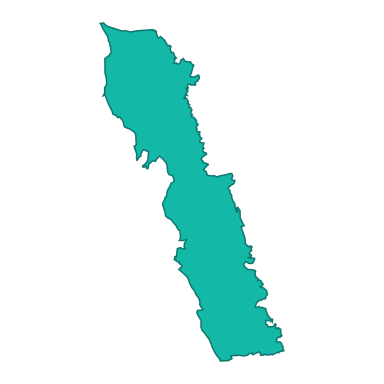 Mitrofani, Vâlcea, Romania
{"feature_id": "2599482B9643325604884", "entity_name": "Mitrofani", "entity_type": "district", "adm_level": 2, "iso_a3": "ROU", "parent_name": "Romania", "parent_adm1": "Vâlcea", "projection": "orthographic", "projection_center": [24.201, 44.748], "detail": "fine", "context": "isolated", "style": "filled", "palette": "teal", "viewbox_px": 384, "rotation_deg": 0, "n_neighbors": 0, "source": "geoboundaries", "source_scale": "gbopen_adm2", "svg_char_len": 6028}
<svg xmlns="http://www.w3.org/2000/svg" viewBox="0 0 384 384"><path d="M274.3,353.8L277.6,352.4L278.8,352.7L278.7,352.0L279.2,351.8L283.8,350.7L283.7,350.1L283.1,349.8L282.9,346.4L281.7,344.6L281.6,343.5L280.5,342.1L278.3,341.9L277.6,342.3L276.2,341.7L277.3,337.8L278.2,337.1L279.9,337.4L280.7,336.2L281.5,336.2L281.8,335.4L281.4,335.2L280.7,332.6L280.7,329.2L280.0,329.3L278.6,327.8L277.4,328.0L277.1,328.7L275.7,328.2L275.8,327.5L275.3,326.4L276.0,324.9L275.3,323.8L274.3,324.6L273.8,326.2L273.1,326.6L267.8,326.9L267.4,324.9L266.1,324.7L265.8,324.2L265.7,320.3L268.4,320.6L269.6,320.3L270.8,321.7L272.1,321.1L272.4,321.6L272.6,319.5L272.2,319.0L270.3,318.9L269.1,316.7L268.0,315.7L266.0,310.7L265.9,308.7L261.9,307.4L260.0,307.5L259.2,306.6L255.7,307.5L255.1,306.5L256.0,304.9L256.0,303.8L257.7,301.9L258.1,300.7L259.5,300.7L260.3,300.0L261.3,300.2L261.2,299.9L264.7,298.3L265.0,298.9L265.8,298.1L265.9,296.4L267.5,294.5L266.5,290.5L263.6,287.9L262.6,287.9L261.5,287.0L260.6,287.4L260.1,286.6L261.3,286.3L263.0,284.9L262.7,283.3L261.7,283.0L261.3,281.3L259.9,280.1L257.8,280.4L258.3,279.2L257.8,278.3L256.1,277.5L256.0,276.4L254.9,275.6L255.4,273.4L254.8,272.0L255.6,271.4L255.1,270.5L252.8,269.8L247.7,269.4L245.0,266.9L243.8,265.3L243.9,264.3L245.2,262.2L245.8,261.7L249.3,263.5L251.0,263.6L253.0,262.9L254.5,259.6L254.7,258.5L252.0,257.9L251.0,258.3L248.4,257.7L250.9,256.6L251.5,255.5L251.1,254.6L249.7,254.7L249.8,254.2L249.2,253.4L249.6,252.2L250.3,251.8L250.6,251.0L251.7,250.6L250.9,248.5L251.9,247.3L251.8,246.8L251.1,246.0L250.3,246.8L249.5,246.0L248.5,246.9L245.6,243.9L245.2,242.3L245.3,240.7L244.3,235.4L242.8,234.0L243.3,232.9L242.6,231.5L241.1,226.7L244.1,225.9L240.2,217.9L240.0,210.5L239.0,209.2L238.0,208.7L238.4,208.2L237.8,207.4L236.9,207.6L236.7,208.2L237.7,211.8L237.4,212.3L236.8,212.1L235.1,207.9L234.8,203.6L232.8,200.7L231.5,197.0L231.8,195.4L230.3,193.3L229.9,191.8L230.1,190.8L228.8,189.8L228.4,188.4L228.9,187.2L230.9,185.4L233.9,183.5L234.6,182.2L234.7,180.3L233.3,180.5L232.0,179.9L231.9,177.6L232.7,176.8L232.8,176.1L231.7,173.5L229.0,173.7L226.3,174.7L219.6,175.9L217.5,176.8L216.2,176.7L214.5,175.7L211.8,175.9L207.0,175.3L206.8,173.3L206.2,171.8L203.5,169.5L203.9,168.7L205.4,167.7L206.6,166.0L207.9,165.3L208.2,164.6L207.7,163.9L206.8,163.9L205.5,163.0L203.1,162.6L203.2,161.6L202.6,160.6L201.3,159.7L201.4,158.3L201.8,157.7L204.7,155.3L206.2,154.7L206.5,154.1L205.9,152.9L205.0,152.4L204.2,152.7L202.7,151.2L203.1,148.9L204.0,148.4L202.6,147.2L203.4,145.2L203.8,142.9L201.4,143.0L200.0,142.1L200.1,141.5L199.7,141.0L199.8,139.9L201.3,139.3L201.8,138.4L199.7,136.7L199.9,135.7L199.6,134.8L198.5,134.3L199.9,133.0L199.8,131.9L197.0,131.4L196.5,130.3L197.1,128.8L195.9,127.6L196.1,126.9L197.6,125.5L198.0,124.0L196.3,123.1L196.5,121.1L196.0,120.5L196.0,119.9L195.3,119.6L195.2,118.6L194.2,118.2L193.6,117.2L191.3,116.7L191.4,116.0L192.4,114.8L190.7,112.8L190.8,112.0L191.6,111.0L191.8,109.7L190.8,108.9L190.8,107.6L188.9,107.2L189.1,105.4L189.6,104.6L187.6,103.2L188.4,101.8L186.7,98.7L185.6,97.9L184.3,98.7L183.8,98.2L184.9,97.4L185.2,96.5L184.9,95.9L185.2,95.3L187.2,95.5L185.8,93.3L187.7,91.7L187.7,89.7L187.2,89.4L186.5,89.7L186.0,89.1L186.7,87.8L187.8,88.2L188.3,87.9L187.6,86.8L187.4,85.5L188.1,84.3L190.3,84.2L190.6,84.9L195.5,85.0L195.5,83.6L194.9,82.5L197.7,80.9L199.3,78.3L199.0,75.7L198.4,75.1L193.3,77.3L189.9,76.2L191.6,72.1L192.8,67.4L193.8,65.2L192.4,64.6L190.8,62.8L190.6,62.0L185.8,61.5L184.1,60.2L183.5,58.6L180.8,60.2L180.1,63.3L177.8,64.3L176.6,63.0L175.1,63.5L173.8,63.1L174.3,62.6L174.9,59.7L174.1,58.7L176.3,58.2L174.6,55.9L173.4,52.7L172.7,52.3L171.7,52.9L171.2,52.5L170.2,48.9L170.9,46.4L169.3,45.4L167.3,45.8L166.6,43.2L165.5,42.4L164.9,40.2L163.8,40.1L162.4,38.0L161.4,37.5L160.6,36.6L158.2,37.9L157.0,36.3L157.1,35.2L156.2,33.2L156.4,31.9L155.8,30.8L155.2,30.9L154.2,30.2L153.6,30.7L153.5,30.0L152.7,29.7L137.0,30.8L130.7,32.0L124.8,30.7L122.2,31.1L107.8,26.4L105.3,24.8L103.5,23.0L100.2,23.5L101.1,24.7L103.0,28.9L107.8,36.7L108.7,41.3L110.0,43.5L109.9,45.8L110.4,45.9L111.2,52.0L109.2,55.5L104.9,58.5L105.0,72.6L106.5,79.3L106.7,84.5L104.6,87.8L104.7,92.0L104.2,94.1L103.3,95.7L105.0,94.9L108.8,104.7L112.0,110.9L113.0,114.3L115.8,115.3L117.8,117.7L119.5,116.9L123.0,121.1L124.3,126.5L125.3,127.3L130.3,129.3L134.4,132.2L135.1,133.3L135.8,135.3L136.0,141.0L136.4,144.6L134.1,146.5L135.0,147.5L134.6,148.5L135.2,149.4L136.7,154.0L136.5,158.1L136.9,160.2L137.3,160.0L138.9,157.3L140.9,156.1L140.9,153.9L143.1,149.7L148.6,151.6L147.8,160.7L144.8,164.3L142.6,166.0L142.7,166.9L144.0,167.2L145.9,166.1L146.8,168.6L147.7,168.6L148.1,168.2L148.7,164.8L149.5,163.3L150.6,162.8L151.6,161.6L153.6,160.8L155.3,161.4L157.7,157.8L159.4,156.2L161.9,158.0L165.8,162.3L166.9,164.6L167.7,171.9L169.2,174.7L172.1,175.5L173.2,176.9L174.1,179.7L173.9,181.9L171.2,183.1L169.3,187.7L168.6,188.1L167.1,191.8L166.5,196.1L165.0,197.8L164.3,200.4L162.9,202.6L162.7,205.4L163.2,206.2L165.0,211.8L165.6,216.0L168.0,218.1L171.1,219.5L174.2,223.6L175.7,225.0L178.1,229.6L180.0,230.8L180.5,236.8L180.0,239.8L179.5,240.4L183.3,240.6L186.2,239.4L185.9,241.2L184.7,242.8L184.3,244.7L184.1,246.8L185.2,248.4L184.3,248.9L182.6,248.9L181.2,247.9L179.5,247.8L177.3,248.8L176.4,256.7L175.9,257.1L175.4,256.5L174.9,256.6L174.8,257.6L175.4,258.1L174.7,258.4L174.2,259.5L177.9,261.9L179.0,261.9L178.8,262.7L179.2,263.2L181.9,265.5L181.9,266.5L178.9,269.3L186.9,276.6L188.6,279.6L189.4,282.6L191.7,287.4L194.8,291.3L195.8,294.3L198.5,297.7L200.0,301.9L199.7,304.5L201.4,307.6L202.8,309.1L200.6,310.4L197.7,310.3L197.2,311.1L196.9,312.8L197.8,315.1L201.1,320.6L201.0,327.2L202.4,330.7L204.2,332.6L209.0,339.0L211.4,344.5L211.6,345.7L214.3,351.4L216.4,355.0L219.6,358.9L220.3,361.0L228.2,360.6L232.0,358.6L230.8,355.9L239.3,355.2L243.8,356.0L247.7,355.1L249.0,353.5L250.7,353.7L252.2,352.8L252.8,354.7L259.0,351.8L260.2,352.9L260.6,355.2L262.0,355.3L263.8,354.9L263.7,354.5L265.5,354.4L265.6,354.8L269.7,354.9L271.7,354.2L272.8,354.8L274.3,353.8Z" fill="#14b8a6" stroke="#0f766e" stroke-width="1.5"/></svg>